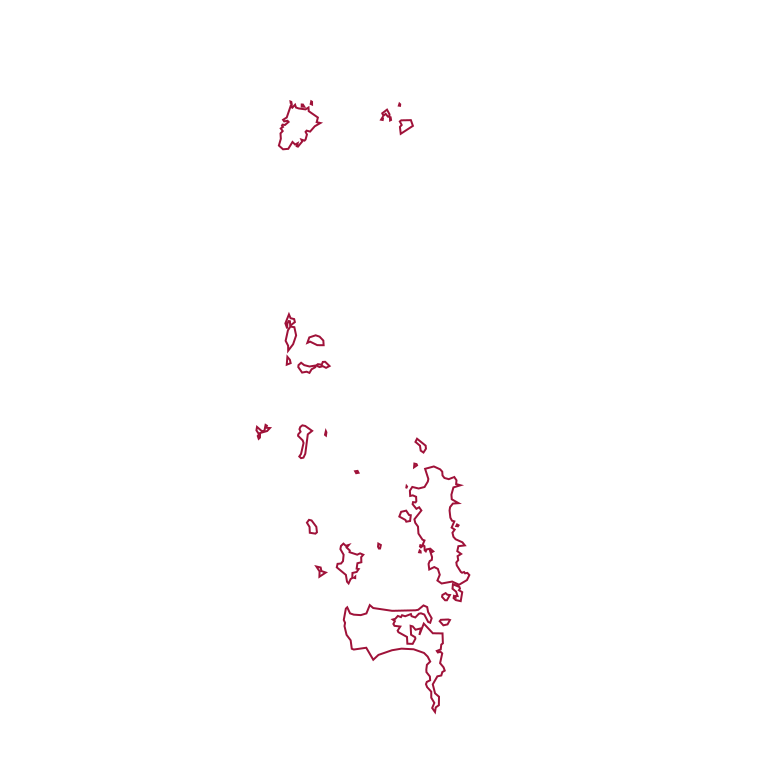 Co To, Vietnam, rotated 313°
{"feature_id": "81297802B76384767601248", "entity_name": "Co To", "entity_type": "district", "adm_level": 2, "iso_a3": "VNM", "parent_name": "Vietnam", "parent_adm1": "", "projection": "robinson", "projection_center": [107.847, 21.097], "detail": "fine", "context": "isolated", "style": "outline", "palette": "rose", "viewbox_px": 768, "rotation_deg": 313, "n_neighbors": 0, "source": "geoboundaries", "source_scale": "gbopen_adm2", "svg_char_len": 6190}
<svg xmlns="http://www.w3.org/2000/svg" viewBox="0 0 768 768"><g transform="rotate(313 384 384)"><path d="M204.2,527.6L199.1,524.6L194.7,519.2L193.1,515.6L195.6,509.4L193.7,509.3L184.0,515.5L182.8,518.4L180.0,520.2L175.0,527.7L173.8,534.4L168.4,541.0L169.2,543.0L179.0,550.9L175.0,564.2L182.1,564.7L194.7,571.4L202.4,577.3L210.2,586.6L214.6,596.7L214.4,601.9L212.5,607.1L207.9,606.9L204.0,609.7L202.2,611.6L201.4,617.0L198.8,619.8L195.3,618.5L193.1,619.4L191.7,622.3L191.2,628.4L186.8,632.5L185.1,638.3L179.9,640.2L178.9,645.0L182.8,642.4L186.5,643.2L192.8,637.5L192.6,632.3L197.6,624.5L206.6,622.4L209.9,624.7L213.1,623.1L215.8,623.9L217.4,620.8L218.1,615.4L226.7,610.3L226.7,608.0L224.4,606.5L224.8,604.7L228.6,606.5L232.5,603.6L234.5,603.9L241.5,596.9L235.0,589.7L235.9,576.5L224.6,581.0L230.5,577.7L225.8,574.6L226.3,570.3L225.3,568.4L219.1,574.8L220.0,579.5L219.1,580.7L213.5,582.2L210.0,578.2L214.7,573.3L212.3,563.8L212.9,562.2L217.7,561.3L214.3,556.6L214.9,554.5L218.0,553.7L217.7,551.0L219.9,552.4L223.8,552.3L225.1,555.4L227.2,554.9L228.6,557.9L234.1,560.6L233.0,562.5L234.6,566.1L239.8,566.2L241.5,567.4L242.9,570.7L240.1,578.6L240.9,580.6L245.2,578.6L247.3,571.8L250.3,567.7L249.0,563.9L242.2,563.0L239.9,561.3L223.7,544.7L212.8,528.9L212.6,524.4L204.2,527.6ZM359.9,483.3L357.7,476.7L350.0,471.9L344.8,481.2L342.5,482.6L336.3,483.9L331.2,480.6L328.0,474.9L323.6,475.7L320.0,479.5L322.2,481.0L323.4,484.4L320.3,487.6L318.9,487.8L317.4,485.8L315.6,486.9L314.8,492.8L317.8,493.8L317.0,497.6L305.8,498.5L303.8,501.5L302.9,506.1L298.1,511.2L296.4,518.3L297.2,520.3L292.9,521.9L293.0,524.2L290.1,527.2L290.1,528.7L292.2,528.0L295.1,530.1L295.2,534.2L294.0,533.8L294.2,530.0L290.2,537.2L288.0,538.9L285.7,538.2L282.8,539.3L279.2,543.6L284.4,545.6L285.5,549.5L282.5,554.9L276.7,557.1L277.4,562.2L286.0,568.6L288.4,575.8L297.2,578.4L302.5,576.7L302.7,573.8L300.8,572.4L301.1,570.8L299.2,569.8L299.0,568.3L301.0,560.9L302.8,558.6L305.8,558.4L308.3,555.2L312.3,556.3L311.7,551.6L316.1,549.0L321.1,553.2L321.7,549.3L319.3,542.3L319.6,539.0L321.9,535.5L325.7,535.0L325.1,531.4L331.5,529.1L330.4,526.9L331.5,523.7L336.2,518.2L339.0,516.3L343.5,515.9L347.7,519.8L345.9,512.2L349.0,508.8L355.7,505.3L362.1,509.0L360.0,505.0L363.0,502.7L363.9,498.8L358.6,496.3L356.5,492.3L357.0,489.2L359.6,486.4L359.9,483.3ZM523.5,128.5L523.3,126.3L512.6,131.1L508.4,130.0L508.0,131.9L510.7,133.9L510.6,135.5L505.9,134.9L504.5,132.9L503.3,133.2L503.1,134.8L500.5,134.2L499.9,137.4L496.7,137.4L493.0,141.3L486.7,144.5L486.8,150.1L490.7,153.6L498.6,152.0L498.5,155.7L501.2,156.6L498.4,158.0L498.9,159.2L505.6,158.8L506.4,156.9L507.8,159.9L509.3,159.9L513.9,157.5L514.9,154.7L516.5,154.6L518.2,157.8L525.3,157.6L531.5,159.5L529.6,156.2L533.8,153.9L532.2,142.9L534.7,140.2L531.3,139.3L527.3,133.6L526.2,131.1L527.6,128.5L523.5,128.5ZM242.3,468.0L239.6,466.4L239.6,463.2L236.2,463.0L233.5,464.7L231.6,470.9L226.5,474.8L223.4,475.0L220.8,472.7L217.7,474.5L218.4,486.3L214.2,491.8L214.0,494.1L218.6,492.6L220.5,493.1L224.3,489.8L227.9,492.2L231.4,491.7L230.3,489.9L234.8,486.8L238.2,489.0L241.8,485.4L245.0,485.3L243.8,482.0L240.9,480.8L237.5,473.5L238.9,472.5L238.9,468.2L242.3,468.0ZM299.6,355.0L298.1,352.5L295.5,352.1L293.3,353.0L292.2,355.5L288.7,355.6L287.5,356.5L287.3,363.0L286.0,365.4L276.3,371.0L273.2,371.5L273.2,373.9L275.2,375.3L279.3,374.0L295.2,362.6L300.7,363.4L299.6,355.0ZM362.2,276.4L357.8,277.1L348.5,282.6L346.6,287.8L343.0,291.2L351.1,290.4L359.6,286.6L364.4,279.7L362.2,276.4ZM373.0,300.8L367.1,297.6L361.8,299.9L364.6,301.1L366.9,308.7L371.2,313.4L374.4,310.0L374.7,304.6L373.0,300.8ZM595.3,223.7L588.6,216.8L586.8,216.5L585.5,220.3L582.9,220.3L578.4,225.6L592.5,229.1L595.3,223.7ZM350.3,320.9L346.0,317.6L343.4,312.8L343.0,308.9L339.5,308.6L337.9,309.8L336.5,316.3L340.2,319.0L341.3,321.9L345.4,321.0L349.4,322.3L350.3,320.9ZM287.0,577.6L284.5,571.0L281.0,573.7L281.3,578.3L279.1,582.4L277.8,580.8L276.9,581.7L276.6,579.8L274.9,580.9L274.9,583.8L277.5,588.2L285.1,583.2L284.3,579.4L286.2,579.1L287.0,577.6ZM229.8,436.1L233.4,431.9L234.8,424.1L233.5,421.8L230.0,422.2L228.7,427.0L224.6,431.2L227.8,435.9L229.8,436.1ZM306.5,486.6L302.2,483.7L297.5,485.6L299.2,492.4L298.5,494.2L301.6,496.5L306.3,493.1L305.3,491.6L306.5,486.6ZM366.5,445.5L363.1,446.5L363.4,452.4L360.3,456.3L360.8,459.6L365.3,458.8L367.3,456.5L366.5,445.5ZM368.4,270.8L370.1,267.0L361.1,270.5L358.6,275.3L362.1,272.2L365.1,271.4L365.7,272.4L362.7,275.6L368.5,276.6L370.2,274.0L368.4,270.8ZM266.2,326.8L266.0,320.4L263.1,322.3L262.0,326.9L259.9,327.1L258.5,329.7L260.2,329.8L263.6,326.8L269.9,330.6L274.0,330.6L271.5,327.5L273.6,326.8L273.3,325.3L268.3,328.4L266.2,326.8ZM355.7,325.3L353.4,322.1L351.2,321.7L352.4,325.3L355.3,327.1L356.3,330.6L360.0,331.9L360.1,325.8L358.4,324.2L355.7,325.3ZM251.5,594.4L256.4,593.2L255.6,591.6L250.3,586.4L248.5,586.5L248.0,592.0L251.5,594.4ZM268.7,577.5L274.6,576.1L273.1,574.1L273.1,571.7L269.5,570.6L267.9,571.6L267.5,576.2L268.7,577.5ZM206.4,470.0L204.5,465.8L206.6,462.8L204.4,459.0L203.0,464.7L199.0,468.2L206.4,470.0ZM586.7,199.1L580.8,198.1L579.8,200.6L582.7,201.0L582.2,204.6L583.1,205.6L585.0,204.1L586.7,199.1ZM337.5,298.7L338.0,294.8L331.8,299.7L335.6,301.5L337.5,298.7ZM261.0,493.3L264.1,491.5L263.4,488.7L260.9,490.6L260.2,492.5L261.0,493.3ZM301.7,425.9L302.4,423.9L300.5,422.4L299.8,424.5L301.7,425.9ZM347.6,462.4L346.5,460.5L343.6,462.8L347.1,463.6L347.6,462.4ZM532.4,136.6L533.1,134.1L532.3,133.2L530.8,134.6L532.4,136.6ZM306.7,376.7L309.4,374.8L309.9,373.6L306.6,375.5L306.7,376.7ZM291.9,522.7L290.9,520.5L289.7,521.1L289.7,522.4L291.9,522.7ZM539.3,140.8L541.3,138.9L541.1,138.0L538.8,139.4L539.3,140.8ZM576.2,203.0L577.7,202.0L577.8,201.1L575.3,201.6L576.2,203.0ZM331.5,534.9L331.1,533.2L329.4,533.7L330.3,535.1L331.5,534.9ZM581.9,209.1L583.6,206.9L583.3,206.3L580.9,208.7L581.9,209.1ZM598.4,206.0L599.6,205.1L599.6,204.1L597.7,205.0L598.4,206.0ZM285.8,525.7L286.7,524.7L286.6,523.6L284.9,524.4L285.8,525.7ZM322.8,471.4L324.7,470.8L324.8,470.1L322.8,471.4ZM222.4,495.3L223.4,494.4L221.8,494.3L222.4,495.3ZM524.8,126.4L526.0,125.4L524.6,125.8L524.8,126.4ZM526.3,124.9L527.1,123.8L526.8,123.0L525.9,124.1L526.3,124.9Z" fill="none" stroke="#9f1239" stroke-width="2"/></g></svg>